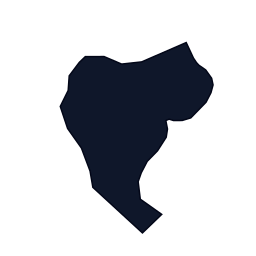 Vuzenica, orthographic projection, rotated 15°
{"feature_id": "SVN-1005", "entity_name": "Vuzenica", "entity_type": "Municipality", "adm_level": 1, "iso_a3": "SVN", "parent_name": "Slovenia", "parent_adm1": "", "projection": "orthographic", "projection_center": [15.169, 46.568], "detail": "fine", "context": "isolated", "style": "filled", "palette": "ink", "viewbox_px": 256, "rotation_deg": 15, "n_neighbors": 0, "source": "natural_earth", "source_scale": "10m", "svg_char_len": 578}
<svg xmlns="http://www.w3.org/2000/svg" viewBox="0 0 256 256"><g transform="rotate(15 128 128)"><path d="M162.1,30.4L173.1,43.5L177.2,47.1L180.2,49.0L188.0,51.8L195.9,58.3L199.0,64.4L199.0,72.4L196.7,82.9L186.0,102.0L178.4,106.7L170.1,109.0L165.4,108.8L162.6,111.0L166.4,118.8L167.3,127.0L162.4,142.4L155.2,155.2L152.4,167.8L151.7,177.2L158.3,193.6L182.9,202.7L169.1,225.6L109.4,194.4L102.5,179.4L88.2,159.4L69.8,144.1L57.0,124.7L60.5,107.2L57.7,92.8L64.0,77.2L68.3,70.1L86.4,65.2L105.3,67.9L124.1,60.6L162.1,30.4Z" fill="#0f172a" stroke="#020617" stroke-width="1.5"/></g></svg>